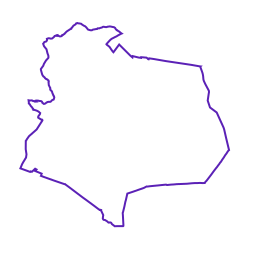 Siria, Arad, Romania, rotated 186°
{"feature_id": "2599482B5262602220408", "entity_name": "Siria", "entity_type": "district", "adm_level": 2, "iso_a3": "ROU", "parent_name": "Romania", "parent_adm1": "Arad", "projection": "equal_earth", "projection_center": [21.642, 46.281], "detail": "fine", "context": "isolated", "style": "outline", "palette": "violet", "viewbox_px": 256, "rotation_deg": 186, "n_neighbors": 0, "source": "geoboundaries", "source_scale": "gbopen_adm2", "svg_char_len": 5760}
<svg xmlns="http://www.w3.org/2000/svg" viewBox="0 0 256 256"><g transform="rotate(186 128 128)"><path d="M221.2,202.9L220.0,200.5L217.3,197.8L215.9,193.9L214.8,191.7L214.5,190.1L214.6,189.3L216.6,186.6L218.3,183.0L218.8,181.0L220.8,177.6L220.7,176.7L219.2,172.9L219.0,172.5L218.9,172.1L218.7,171.9L218.1,171.0L217.8,170.8L217.5,170.4L217.2,170.3L217.0,170.2L216.5,169.7L216.2,169.6L215.9,169.3L215.7,168.9L215.2,168.6L214.9,168.3L214.5,168.2L214.1,168.2L213.9,168.1L213.7,167.9L213.4,167.7L213.1,167.7L212.7,167.3L212.1,167.0L212.0,166.9L211.9,166.7L212.0,166.4L211.9,166.1L211.7,165.8L211.8,165.7L211.7,165.2L211.8,165.0L211.7,164.6L211.5,163.8L211.3,162.6L211.2,162.2L210.5,161.2L210.2,160.7L210.0,160.3L209.7,160.0L209.6,159.9L209.4,159.4L209.4,159.2L209.5,158.8L209.5,158.6L209.4,158.3L209.0,157.8L208.9,157.4L208.3,157.2L208.1,157.1L207.9,156.9L207.2,155.9L207.1,155.4L206.7,154.6L206.5,154.1L206.0,153.6L205.9,153.4L205.9,153.2L205.7,152.6L205.5,152.3L205.3,152.2L205.0,152.0L204.9,151.8L204.9,151.6L204.8,151.3L204.6,151.0L204.5,150.7L204.6,150.2L204.6,149.9L204.8,149.2L204.8,148.9L204.9,148.5L205.0,148.4L205.9,148.1L206.1,148.0L206.5,147.6L206.9,147.1L207.3,146.5L207.6,146.2L207.8,146.0L208.2,145.9L208.8,145.8L209.5,145.8L210.1,145.6L210.6,145.5L210.8,145.4L211.0,145.3L211.4,144.9L211.7,144.8L211.9,144.6L212.1,144.4L212.5,144.0L213.0,143.6L213.4,143.4L213.7,143.3L214.0,143.2L214.4,143.2L214.6,143.4L214.8,143.5L215.1,143.8L215.6,144.0L215.8,144.1L215.9,144.4L216.1,144.7L216.2,145.0L216.5,145.3L216.8,145.5L217.1,145.6L217.6,145.7L217.9,145.6L218.4,145.6L218.7,145.6L219.3,145.7L219.7,145.7L220.1,145.8L220.2,145.7L221.0,145.8L221.5,145.8L221.9,145.7L222.5,145.6L223.0,145.4L223.0,145.2L223.0,144.9L222.9,144.7L222.7,144.6L223.3,144.5L223.8,144.6L224.5,144.9L224.9,145.0L225.3,144.9L225.5,145.0L225.9,145.2L226.4,145.4L226.7,145.4L227.6,145.2L228.4,145.1L229.2,145.1L229.7,145.2L229.8,145.2L229.3,143.1L229.2,142.0L228.1,141.3L227.4,140.2L226.3,139.1L225.3,138.3L224.8,137.2L224.3,137.1L224.0,136.2L223.7,136.3L221.8,136.0L219.9,135.5L218.4,134.8L217.5,134.1L216.9,133.7L217.1,132.4L218.2,130.7L218.5,129.7L218.5,129.3L218.4,128.9L217.9,128.6L216.8,128.1L215.2,127.3L214.5,127.4L214.0,127.0L213.9,126.6L216.1,122.2L218.7,117.0L220.8,114.7L225.6,109.5L227.7,105.7L227.9,104.9L228.3,104.5L227.5,96.2L226.2,91.2L226.3,88.4L226.3,87.9L226.6,87.4L227.4,85.7L227.7,85.0L228.4,83.6L229.1,82.0L229.2,81.7L229.5,81.1L230.8,76.6L220.7,74.1L220.2,74.7L219.0,74.4L216.1,77.8L214.7,77.2L216.0,75.6L209.2,73.6L209.4,73.2L209.2,71.9L209.5,71.3L206.9,70.6L196.1,68.0L185.2,65.5L184.7,65.6L184.0,65.1L180.4,63.0L173.1,58.6L165.8,54.2L161.6,51.8L153.1,46.8L150.3,45.1L148.1,43.8L147.5,43.8L147.4,43.5L146.1,43.6L146.0,42.8L145.5,42.1L145.1,41.4L143.7,39.1L143.5,38.7L143.6,38.0L143.6,37.1L143.6,36.5L143.6,35.3L143.3,34.8L142.9,34.3L142.5,34.1L141.9,34.1L141.3,34.1L139.8,33.4L139.0,33.0L138.6,32.7L137.8,32.1L137.5,31.9L137.1,31.9L136.7,32.0L136.3,32.2L136.0,32.2L135.7,32.2L135.4,32.2L135.1,32.1L134.6,31.7L134.0,30.8L132.7,30.0L132.0,29.6L130.9,28.9L130.5,29.0L126.6,29.5L122.6,29.9L122.4,30.1L122.4,30.8L123.5,37.8L124.0,40.9L124.4,43.0L124.2,43.6L123.4,49.4L122.9,54.4L122.6,56.0L121.8,62.7L116.7,65.0L105.9,70.1L103.4,71.8L102.5,71.8L100.5,72.3L95.7,73.3L92.2,74.0L88.5,74.8L84.6,75.6L83.9,75.6L83.5,75.4L83.1,75.4L79.3,76.2L76.3,76.7L73.4,77.3L71.2,77.6L63.7,78.7L62.2,79.0L58.8,79.7L55.9,80.2L53.2,80.5L50.7,80.9L48.6,81.0L45.9,81.3L45.4,82.5L44.4,83.7L40.3,90.4L38.3,93.9L35.9,97.8L35.7,98.0L34.5,100.1L33.5,101.7L32.8,103.1L32.3,103.8L32.1,104.0L31.8,104.6L31.0,106.3L29.7,108.6L28.4,111.3L27.7,112.4L27.0,113.7L26.5,114.8L25.7,116.1L25.2,116.6L25.5,117.4L29.4,128.4L32.2,136.6L33.0,138.4L41.4,152.7L48.6,157.0L51.6,163.6L51.3,170.8L51.2,171.9L51.3,172.7L51.4,173.3L52.2,174.6L53.3,176.2L55.6,179.6L57.3,182.4L57.7,183.2L58.1,184.3L58.7,187.4L59.2,189.2L59.8,190.8L62.4,196.2L62.6,196.7L62.5,196.8L63.0,196.8L67.3,197.1L71.6,197.4L81.0,197.8L97.4,198.5L109.5,199.3L114.2,199.5L114.6,198.5L114.9,198.6L115.2,198.6L116.1,199.4L117.0,199.9L122.3,199.8L122.3,199.1L125.0,199.2L126.4,199.4L129.4,199.8L130.9,200.0L131.0,198.7L133.1,200.1L145.5,210.1L150.4,201.8L150.9,202.2L151.5,202.8L153.0,204.5L154.8,206.7L156.6,207.9L157.8,208.6L158.0,208.9L158.2,209.1L157.2,210.6L156.0,212.2L155.5,212.9L154.7,213.9L153.6,215.0L152.8,215.5L150.4,217.1L148.9,218.0L147.4,219.2L144.4,221.2L144.2,221.3L145.3,221.9L146.4,222.7L147.3,223.2L148.1,223.5L149.1,224.2L149.4,224.1L150.0,224.6L150.7,225.3L151.2,226.1L151.8,226.4L152.0,226.6L152.6,226.8L154.1,226.9L155.7,227.1L156.9,227.1L158.0,226.8L158.9,226.6L159.8,226.1L160.4,226.1L161.4,226.0L161.9,226.1L163.2,226.1L163.8,225.8L164.6,225.1L165.4,224.9L166.5,224.4L167.0,224.1L167.4,224.1L168.7,223.9L169.0,223.3L170.7,222.9L171.6,222.6L173.1,222.2L174.2,221.4L175.4,221.3L177.0,221.5L178.2,221.8L179.0,222.7L180.1,223.8L181.5,224.8L182.3,225.0L184.2,225.9L185.0,226.4L185.3,226.7L185.7,226.8L186.2,226.8L187.2,226.9L188.0,226.9L188.8,226.9L189.2,227.1L189.7,226.9L190.1,226.8L190.2,226.7L190.5,226.6L190.7,226.3L190.8,225.9L191.0,225.6L191.4,225.3L191.5,225.2L192.8,224.2L193.4,223.4L193.7,222.8L194.0,222.2L194.6,221.8L194.7,220.9L195.1,220.5L195.5,220.4L195.8,220.2L196.5,219.7L196.9,219.3L198.7,217.9L199.8,216.7L200.2,216.0L200.7,215.6L201.0,214.9L201.7,214.5L202.1,213.9L202.6,213.8L202.8,213.7L203.1,213.6L203.3,213.4L203.4,213.2L203.4,212.7L203.6,212.5L204.5,212.1L205.3,212.0L205.7,212.0L206.2,212.2L206.9,212.4L207.5,212.3L207.8,212.2L208.1,212.2L208.0,213.0L208.8,212.8L209.8,212.1L210.6,211.8L210.9,211.1L212.0,209.9L212.8,209.1L214.1,208.8L215.6,209.0L216.6,208.9L218.0,208.2L217.7,207.1L217.9,206.3L218.4,205.5L220.1,204.8L220.8,203.5L221.2,202.9Z" fill="none" stroke="#5b21b6" stroke-width="2"/></g></svg>